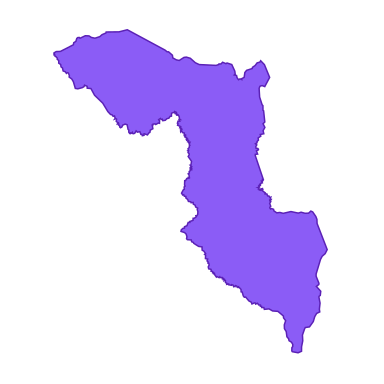 Khao Suan Kwang, Khon Kaen, Thailand, rotated 178°
{"feature_id": "78962969B79183208514946", "entity_name": "Khao Suan Kwang", "entity_type": "district", "adm_level": 2, "iso_a3": "THA", "parent_name": "Thailand", "parent_adm1": "Khon Kaen", "projection": "robinson", "projection_center": [102.806, 16.937], "detail": "fine", "context": "isolated", "style": "filled", "palette": "violet", "viewbox_px": 384, "rotation_deg": 178, "n_neighbors": 0, "source": "geoboundaries", "source_scale": "gbopen_adm2", "svg_char_len": 6015}
<svg xmlns="http://www.w3.org/2000/svg" viewBox="0 0 384 384"><g transform="rotate(178 192 192)"><path d="M97.3,28.9L91.6,27.6L88.1,29.0L87.9,33.5L86.5,39.4L86.6,45.2L84.2,51.4L83.5,52.6L79.3,53.1L75.3,58.3L73.7,63.1L71.7,66.3L68.5,67.7L68.8,70.4L67.9,76.5L68.8,82.3L68.7,83.3L67.4,84.2L66.8,88.3L71.0,93.3L68.5,95.1L68.3,96.3L70.9,103.5L70.8,105.8L65.9,120.2L64.1,123.3L61.1,125.7L58.9,129.7L68.1,156.2L68.1,160.3L69.1,163.2L72.1,167.9L73.9,168.8L76.2,166.8L79.8,166.8L83.7,168.0L86.5,167.2L93.8,169.0L101.6,167.5L104.9,168.5L108.0,168.2L110.8,170.3L111.1,171.9L113.3,172.7L114.1,172.3L114.6,173.0L114.8,174.0L113.8,175.0L114.8,177.9L113.6,179.6L114.2,180.2L113.8,180.8L114.5,180.5L114.7,181.3L113.4,182.2L113.9,183.0L113.5,184.0L114.3,183.7L115.1,185.2L116.6,185.5L117.2,187.4L119.1,187.6L118.8,188.6L122.2,191.3L121.1,191.9L121.4,193.0L123.7,192.5L123.7,191.4L124.7,191.7L124.7,192.6L125.5,192.6L125.2,194.0L125.8,194.2L124.5,194.5L125.0,195.5L123.4,196.1L123.3,197.0L124.3,196.8L123.2,198.2L121.4,198.7L122.2,200.4L121.4,200.3L121.3,201.1L121.0,200.6L120.2,201.7L127.5,226.2L127.4,227.4L125.1,227.6L126.2,230.9L124.2,231.8L124.1,232.4L124.7,233.2L126.4,233.4L126.7,235.2L125.6,236.8L126.9,238.0L125.3,238.9L125.2,240.2L123.8,241.5L124.0,243.7L121.3,245.4L121.8,247.1L118.2,247.7L118.8,250.8L116.9,254.0L118.6,257.7L116.8,259.4L117.6,270.7L118.2,271.2L118.1,275.8L118.9,276.8L121.1,284.5L121.3,293.2L120.5,295.2L119.4,295.7L117.9,295.8L115.6,294.8L110.4,303.8L115.2,316.8L118.8,320.8L119.7,319.4L122.4,318.8L124.5,316.2L127.2,314.5L127.5,313.3L133.2,311.7L135.0,309.6L135.9,304.7L138.3,303.6L138.3,302.6L140.0,303.4L141.6,302.6L143.0,304.7L143.4,306.9L145.6,307.5L144.7,308.3L145.0,311.3L147.8,318.0L152.5,319.7L153.6,319.1L156.9,320.6L158.5,319.0L160.7,319.0L161.0,318.4L163.5,317.7L180.3,319.1L184.2,321.1L189.0,325.7L192.9,327.0L195.3,326.8L200.2,323.9L203.0,324.6L206.5,326.7L206.8,329.4L210.5,332.9L212.0,333.0L213.9,334.7L251.0,356.4L259.4,354.6L272.2,354.9L272.5,353.9L276.4,352.4L278.7,350.5L283.6,349.1L287.2,350.0L289.5,351.6L293.2,351.9L298.5,349.6L299.3,350.4L300.8,350.3L301.8,349.5L302.8,346.6L305.0,345.3L305.4,343.3L318.6,337.1L322.8,337.1L325.1,335.8L325.1,334.2L324.6,334.5L324.1,332.4L323.0,331.8L321.9,330.4L322.1,329.4L320.6,328.0L320.7,325.4L318.8,324.0L318.5,321.6L317.1,320.5L316.6,317.5L314.3,316.5L313.4,314.9L312.4,315.6L311.4,315.2L310.5,312.6L310.8,311.2L308.2,309.1L306.7,306.3L305.0,299.6L302.5,299.1L298.0,300.1L296.2,301.1L295.7,302.5L293.1,301.3L293.1,299.4L289.4,298.9L286.0,292.1L278.1,283.9L273.3,275.3L270.7,272.3L269.3,272.0L268.2,270.4L266.8,270.7L266.2,268.3L266.7,267.6L265.5,268.0L264.8,267.4L265.3,265.3L263.7,263.8L264.0,263.1L263.1,263.6L262.8,262.3L263.3,261.8L262.0,260.5L261.9,259.3L261.2,258.7L259.9,259.3L258.8,261.3L256.4,262.2L254.5,261.5L253.7,256.8L253.0,256.1L253.1,254.0L252.2,252.6L251.5,252.5L251.4,253.2L250.4,252.9L249.6,253.7L249.2,252.5L248.2,252.3L247.0,252.9L245.7,255.0L244.5,253.7L242.0,254.1L241.1,251.4L240.1,251.4L239.7,250.0L238.0,250.3L238.1,251.7L237.7,251.9L234.5,250.6L233.1,252.5L232.0,253.0L231.5,255.3L228.9,256.6L229.4,260.1L228.9,260.0L228.7,261.1L226.6,261.4L225.9,260.7L223.2,262.1L222.1,261.8L221.9,264.1L222.8,265.5L221.0,266.6L220.3,265.5L219.2,265.8L218.7,264.3L216.2,264.6L214.6,266.1L212.5,266.6L211.2,268.4L209.9,268.5L209.7,271.4L207.8,272.2L206.8,271.7L206.5,273.0L204.8,272.1L205.5,270.8L204.9,270.8L204.7,269.4L203.8,269.3L203.6,269.9L203.0,269.4L202.2,267.8L201.9,265.3L201.3,264.8L202.4,264.8L201.8,263.2L203.5,263.3L204.2,261.2L203.6,260.7L204.1,259.2L201.5,258.0L201.9,256.9L201.0,257.1L201.3,256.1L200.5,255.7L201.0,255.2L200.1,254.9L201.3,253.6L201.2,252.7L200.4,253.8L199.4,251.7L197.6,251.2L197.8,249.2L197.1,249.3L197.3,248.4L196.5,248.6L197.0,247.1L195.5,246.6L195.7,245.7L195.1,245.5L195.9,244.9L195.5,243.9L194.5,244.5L194.0,243.7L194.4,242.6L193.4,242.7L193.8,241.7L193.3,240.9L192.5,241.3L193.1,239.9L192.5,238.7L193.1,238.2L193.1,236.7L194.5,235.3L194.0,234.1L194.7,233.5L194.1,233.3L194.6,231.5L193.6,230.5L193.5,229.4L194.6,227.6L191.4,222.7L192.1,219.1L192.9,218.9L191.9,217.8L192.5,217.0L191.7,217.1L192.2,216.3L191.2,216.3L192.0,215.9L191.4,215.7L191.6,214.2L193.0,214.8L193.0,213.4L194.1,212.6L194.0,211.1L195.2,210.3L194.4,209.2L194.1,206.8L195.0,206.7L194.5,206.0L196.7,205.7L198.1,203.6L198.9,203.6L199.2,199.2L198.7,198.2L199.7,197.3L199.6,195.0L200.6,194.5L202.5,191.2L201.4,189.3L200.4,189.6L199.8,188.0L198.3,187.8L198.3,186.2L196.6,184.7L195.9,182.7L193.6,182.3L193.3,181.3L191.2,181.5L191.1,179.8L189.3,178.7L188.9,176.9L186.9,175.7L187.4,174.3L186.8,172.1L187.1,169.4L188.1,168.0L188.9,168.1L188.6,167.1L190.6,165.7L191.8,165.7L192.0,163.6L195.3,162.6L195.2,161.7L196.9,161.7L198.2,158.5L200.7,157.6L200.8,156.2L202.3,156.0L204.0,154.6L204.4,153.0L200.8,151.7L199.3,150.1L198.6,147.4L199.1,145.5L198.3,144.5L194.4,144.1L194.1,142.3L192.4,141.6L192.0,140.6L187.3,137.4L183.9,136.8L183.9,133.5L182.3,132.6L180.6,130.0L181.6,129.2L180.6,128.4L180.9,125.0L178.7,124.4L179.4,122.6L178.5,121.9L178.5,120.3L177.8,120.3L177.4,118.5L178.4,116.6L178.0,114.6L175.8,114.1L175.4,113.0L175.8,112.3L174.2,111.7L174.2,110.6L173.4,110.7L173.3,109.6L172.4,109.9L172.2,108.5L170.6,106.1L170.0,106.6L168.0,105.5L167.2,106.3L166.9,105.5L164.9,105.5L164.8,104.7L164.3,105.1L163.4,104.2L163.8,103.5L162.8,103.5L163.0,102.3L162.2,102.8L161.7,102.4L161.7,100.3L160.3,99.5L160.5,98.5L158.6,98.8L158.6,98.0L155.8,97.4L155.6,98.0L154.2,97.5L153.7,96.1L153.3,96.5L152.4,95.9L151.7,96.9L150.6,96.4L150.3,95.5L149.1,95.7L149.3,95.0L148.1,94.9L146.4,92.9L146.4,90.5L145.3,90.2L144.4,86.4L143.4,85.0L142.0,85.1L139.0,81.2L136.6,79.8L136.0,78.0L133.5,79.0L132.4,78.7L132.3,77.8L130.4,78.5L129.3,76.8L127.6,76.6L127.7,75.5L126.5,75.3L126.4,74.1L124.2,74.0L123.8,72.2L119.1,72.5L115.6,70.3L110.3,69.7L105.0,64.9L104.9,63.0L102.9,60.1L104.4,56.0L104.4,52.2L102.7,49.2L102.2,44.0L100.6,42.0L100.2,40.0L97.8,38.4L96.6,36.1L96.8,33.9L97.6,33.0L97.8,29.7L97.3,28.9Z" fill="#8b5cf6" stroke="#5b21b6" stroke-width="1.5"/></g></svg>